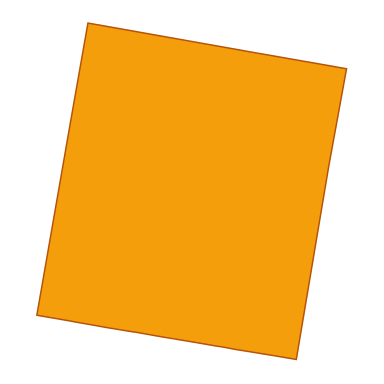 Seward, Kansas, United States of America, rotated 10°
{"feature_id": "52423323B8139899408087", "entity_name": "Seward", "entity_type": "district", "adm_level": 2, "iso_a3": "USA", "parent_name": "United States of America", "parent_adm1": "Kansas", "projection": "albers", "projection_center": [-100.862, 37.193], "detail": "fine", "context": "isolated", "style": "filled", "palette": "amber", "viewbox_px": 384, "rotation_deg": 10, "n_neighbors": 0, "source": "geoboundaries", "source_scale": "gbopen_adm2", "svg_char_len": 435}
<svg xmlns="http://www.w3.org/2000/svg" viewBox="0 0 384 384"><g transform="rotate(10 192 192)"><path d="M60.2,43.7L60.2,143.2L60.6,340.3L68.4,340.3L93.3,340.2L103.1,340.3L134.0,340.3L158.9,340.0L159.1,339.8L166.8,339.9L188.7,339.9L213.8,339.6L218.8,339.6L243.5,339.5L248.7,339.3L262.3,339.5L298.1,339.0L323.8,338.8L322.2,143.2L322.8,43.8L311.3,43.8L223.4,43.9L60.2,43.7Z" fill="#f59e0b" stroke="#b45309" stroke-width="1.5"/></g></svg>